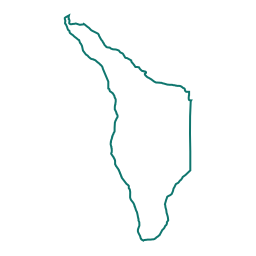 Escazu, San José, Costa Rica
{"feature_id": "36466004B13672837232461", "entity_name": "Escazu", "entity_type": "district", "adm_level": 2, "iso_a3": "CRI", "parent_name": "Costa Rica", "parent_adm1": "San José", "projection": "orthographic", "projection_center": [-84.155, 9.916], "detail": "fine", "context": "isolated", "style": "outline", "palette": "teal", "viewbox_px": 256, "rotation_deg": 0, "n_neighbors": 0, "source": "geoboundaries", "source_scale": "gbopen_adm2", "svg_char_len": 5619}
<svg xmlns="http://www.w3.org/2000/svg" viewBox="0 0 256 256"><path d="M69.0,15.4L65.6,17.3L64.8,18.0L64.8,19.0L65.3,20.5L65.3,21.4L65.1,22.2L65.1,23.6L65.8,24.2L67.0,26.8L67.6,28.8L68.1,29.8L68.4,30.2L69.3,30.7L69.4,30.9L69.7,32.5L69.9,32.9L71.2,34.0L73.1,35.3L73.9,36.2L75.5,37.5L76.0,37.8L78.1,39.6L78.7,40.0L79.1,40.1L80.0,42.8L81.0,44.0L82.0,46.0L83.0,50.6L85.9,54.5L87.6,55.6L88.8,57.0L89.9,57.9L90.3,58.3L90.8,58.6L91.2,58.9L93.5,59.4L93.6,59.6L94.5,59.9L95.4,60.3L96.8,61.6L97.4,62.1L97.5,62.1L98.0,62.6L98.9,63.2L99.4,63.7L99.6,63.8L100.1,64.5L100.7,65.0L101.1,65.2L101.2,65.4L102.1,66.5L102.5,67.3L102.9,68.8L108.3,81.6L108.3,88.3L108.3,88.5L109.0,88.8L109.4,89.3L109.5,90.2L109.8,90.9L110.0,91.3L111.4,92.2L111.8,92.6L112.4,92.9L112.4,93.0L113.2,93.9L113.6,94.7L114.0,95.2L114.1,95.4L114.3,95.7L114.6,97.2L114.9,97.7L114.9,97.9L115.4,98.7L115.7,99.6L115.7,101.7L115.6,102.2L115.4,103.4L115.4,104.3L115.1,104.8L115.1,105.2L115.0,105.3L114.8,106.9L114.8,109.4L115.3,110.2L115.3,110.4L115.9,111.4L115.9,111.6L116.1,111.9L116.2,112.3L116.4,112.6L116.4,113.0L116.5,113.6L116.7,113.8L116.7,114.0L117.1,114.4L117.1,114.5L117.3,115.0L117.5,115.3L117.6,116.4L117.5,116.7L117.4,117.4L117.3,117.5L116.5,118.6L116.1,119.8L115.6,120.5L115.1,122.0L114.9,122.5L114.6,127.8L114.6,131.2L114.4,131.9L113.8,132.7L113.4,134.0L113.2,134.2L112.9,134.9L112.4,135.9L112.4,136.5L112.1,136.8L112.1,137.7L111.9,137.9L111.8,138.7L111.3,139.9L111.0,141.1L111.0,142.0L110.8,142.1L110.8,142.7L110.7,143.1L110.7,144.7L110.9,145.2L111.0,145.7L111.1,146.0L111.2,146.4L111.2,146.7L111.4,146.8L111.5,148.3L111.7,148.5L111.7,149.6L111.8,150.1L111.7,152.3L111.2,153.2L111.2,153.7L111.4,154.2L111.9,154.8L112.3,155.5L112.5,155.6L113.0,156.6L113.2,156.8L113.4,156.9L113.5,157.2L113.9,157.9L113.9,158.1L114.3,158.6L114.3,158.8L114.6,159.3L114.6,159.5L115.0,160.2L115.0,160.8L115.1,161.0L115.1,164.1L115.3,164.3L115.3,164.6L115.5,164.9L115.6,165.1L115.8,165.5L116.0,166.0L116.2,166.3L116.5,166.5L117.0,167.4L117.6,168.2L118.0,168.6L118.3,169.3L118.6,169.6L118.6,169.8L118.8,170.0L118.9,170.5L119.1,170.7L119.3,171.4L119.6,171.8L119.6,172.1L119.8,172.6L120.0,172.8L120.0,173.3L120.3,174.0L120.6,174.2L121.1,176.0L121.4,176.3L121.4,176.6L121.7,177.1L121.7,177.6L126.5,183.9L127.9,184.9L128.1,185.2L128.6,185.6L128.8,186.0L128.8,188.3L129.0,188.6L129.4,188.8L129.7,189.4L129.9,190.0L130.0,191.0L130.2,191.9L130.1,197.4L130.3,198.2L130.7,199.3L131.2,200.2L132.9,202.3L133.3,202.9L133.9,204.0L134.2,204.7L134.4,205.6L134.6,206.0L134.6,206.4L134.8,206.5L134.8,206.8L135.1,207.3L135.1,207.6L135.6,208.8L135.6,209.1L136.3,210.9L137.0,212.2L137.1,212.9L137.2,213.1L137.8,216.0L137.9,216.9L138.1,217.4L138.3,218.6L138.5,218.9L138.5,220.5L139.2,222.0L139.3,222.4L139.3,223.0L139.4,225.2L139.3,225.9L138.6,227.6L138.3,228.6L138.1,228.9L138.0,229.8L137.9,229.9L137.9,231.3L138.1,232.1L138.3,232.4L138.5,233.0L140.2,236.3L140.6,238.1L140.9,238.6L141.1,238.7L141.1,239.0L141.6,239.6L143.4,240.6L143.8,240.2L144.1,240.1L144.3,240.0L145.0,240.0L145.2,239.9L146.6,239.8L147.5,239.6L150.6,239.6L151.5,239.5L151.9,239.4L153.6,239.3L154.5,239.0L155.1,238.5L155.5,238.4L156.4,237.4L157.9,236.5L158.9,235.5L159.3,235.2L159.5,235.2L162.3,230.0L163.4,229.0L164.3,227.9L164.6,227.3L165.0,226.4L165.4,225.7L166.3,225.0L166.9,223.6L166.9,222.2L167.5,221.3L168.0,220.7L168.2,220.3L167.9,217.5L167.7,216.5L167.4,215.4L167.3,215.1L167.1,214.4L166.9,213.7L166.7,213.3L166.6,212.9L166.2,209.8L165.5,207.5L165.2,205.0L164.9,204.3L165.8,201.2L166.1,200.0L166.7,198.5L167.1,197.1L167.3,196.7L168.6,195.9L169.1,195.7L170.3,195.1L171.7,194.0L172.8,191.5L173.1,190.5L173.5,188.7L173.8,188.1L174.4,187.2L175.8,184.2L176.9,183.5L178.1,182.9L178.6,182.4L180.0,180.5L180.8,180.0L181.1,179.6L181.3,179.4L182.2,178.1L182.7,177.0L185.5,175.0L190.3,170.4L190.3,151.7L190.0,133.8L190.1,116.2L190.7,101.4L191.2,100.4L190.6,100.4L189.8,100.2L189.3,100.1L188.9,99.7L188.8,99.2L188.7,98.4L188.7,97.5L188.8,96.7L188.9,95.4L189.1,95.2L189.1,91.8L188.9,91.8L186.4,91.8L185.9,91.6L185.6,91.2L185.2,90.9L184.9,90.1L184.9,89.6L184.7,88.9L184.3,88.4L183.0,87.9L182.4,87.3L182.2,87.2L181.6,86.8L181.5,86.6L180.1,86.0L179.3,85.9L177.1,85.9L176.3,85.6L175.5,85.6L175.0,85.3L174.2,85.2L173.4,85.2L172.1,84.8L169.6,84.8L168.8,84.7L167.4,84.6L163.7,83.5L162.9,83.4L161.4,82.8L160.0,82.8L159.8,82.7L159.0,82.7L158.5,82.6L156.0,82.5L154.4,81.7L153.5,81.1L153.4,80.9L152.3,80.2L151.7,79.6L151.2,79.4L150.8,79.0L149.8,78.5L148.7,77.8L147.9,77.5L146.6,76.6L146.0,75.8L145.6,75.6L145.1,74.9L144.8,74.2L144.9,73.7L146.0,72.8L146.0,72.2L145.4,71.6L145.1,71.6L144.3,71.3L143.5,71.3L143.1,71.0L142.3,71.0L141.9,70.8L141.1,70.1L140.2,69.2L139.5,68.4L139.2,67.8L139.2,67.5L139.1,67.4L138.0,67.1L136.9,67.0L135.5,67.0L135.3,66.9L134.6,65.7L134.2,65.3L134.2,65.0L133.6,64.4L133.2,63.8L132.9,63.5L132.1,62.5L131.8,62.4L131.2,61.0L131.2,60.4L127.1,58.1L125.7,57.9L125.3,57.7L124.8,57.0L124.5,56.3L123.9,55.5L123.5,54.6L122.8,53.7L122.4,53.3L122.0,53.2L120.3,52.4L118.8,50.5L117.2,49.9L115.9,49.5L112.9,49.3L111.2,48.7L110.7,48.4L109.8,47.6L109.4,47.5L108.5,47.5L107.1,47.3L106.6,47.1L106.2,46.8L106.2,46.7L105.7,46.1L104.7,45.2L104.3,44.5L103.5,42.9L103.2,42.7L102.8,41.9L102.6,41.5L102.5,41.2L101.3,39.8L100.2,37.9L99.8,37.1L99.1,35.9L98.7,34.6L98.4,34.2L98.0,33.7L97.3,33.3L91.9,30.6L91.0,30.0L89.4,28.3L88.9,27.8L88.5,27.5L87.7,27.0L84.4,24.3L84.0,24.1L84.0,24.3L79.8,24.8L75.8,23.5L75.3,23.6L74.7,23.8L72.4,24.0L72.2,24.1L71.6,24.2L70.5,24.2L69.7,23.8L69.4,23.5L69.2,23.2L69.3,22.1L69.5,20.9L69.4,20.1L69.2,19.7L68.7,19.2L68.9,18.4L68.5,17.7L68.5,17.3L68.7,16.7L69.0,15.4Z" fill="none" stroke="#0f766e" stroke-width="2"/></svg>